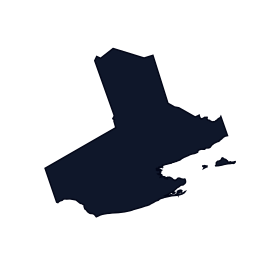 outline of Vilankulo, Inhambane, Mozambique, rotated 71°
{"feature_id": "85939544B70195584825603", "entity_name": "Vilankulo", "entity_type": "district", "adm_level": 2, "iso_a3": "MOZ", "parent_name": "Mozambique", "parent_adm1": "Inhambane", "projection": "natural_earth1", "projection_center": [35.386, -22.299], "detail": "fine", "context": "isolated", "style": "filled", "palette": "ink", "viewbox_px": 256, "rotation_deg": 71, "n_neighbors": 0, "source": "geoboundaries", "source_scale": "gbopen_adm2", "svg_char_len": 5741}
<svg xmlns="http://www.w3.org/2000/svg" viewBox="0 0 256 256"><g transform="rotate(71 128 128)"><path d="M67.1,90.0L48.0,116.2L53.2,131.2L50.2,134.3L53.5,137.5L111.2,136.9L112.3,137.2L113.1,138.0L114.1,139.2L114.3,139.3L115.8,138.1L116.7,139.0L123.7,139.4L139.1,219.5L174.9,219.6L175.7,218.6L175.3,217.9L174.8,216.2L174.9,213.8L174.7,213.2L174.3,212.7L174.2,212.4L174.3,211.3L174.6,210.4L175.2,209.1L175.7,207.2L176.1,205.9L178.8,201.0L179.3,200.4L183.4,197.8L183.8,197.4L184.4,196.4L184.7,196.0L185.9,195.2L186.5,194.5L186.8,194.4L187.7,195.0L188.8,195.1L190.3,195.1L190.6,195.0L192.0,194.0L193.9,193.5L195.9,192.1L196.5,191.4L197.4,189.3L198.3,188.3L199.0,187.8L201.6,186.9L201.4,184.1L201.2,183.6L201.2,183.1L201.2,180.7L201.5,178.4L202.1,174.8L202.5,173.6L203.1,170.6L204.3,166.4L204.1,166.5L204.9,164.2L206.1,158.5L206.8,152.9L206.9,150.7L206.8,149.3L206.9,148.1L207.3,141.1L207.3,137.3L207.5,134.9L207.4,132.4L207.1,131.7L206.6,127.9L206.1,125.9L206.1,122.6L205.6,121.9L205.4,120.9L205.3,119.5L205.5,117.5L205.3,117.1L206.3,108.7L207.4,104.2L207.9,101.2L208.0,98.4L207.6,96.3L207.4,95.7L206.7,94.7L206.7,94.8L207.1,95.6L207.4,96.5L207.4,98.0L207.8,98.9L207.7,99.5L207.4,100.2L207.5,100.7L207.2,101.1L207.2,101.8L207.1,102.0L206.9,102.0L206.9,102.3L207.4,102.5L206.6,102.6L206.4,104.0L206.9,104.3L206.9,104.6L206.8,104.9L206.5,105.0L206.6,105.7L206.5,106.4L206.1,107.5L206.0,107.8L205.5,108.1L205.3,108.9L204.9,109.3L205.2,110.0L204.8,111.0L205.0,111.3L205.0,112.0L204.6,112.2L204.8,113.1L204.8,113.5L204.1,114.6L204.0,113.0L203.7,112.1L203.7,111.4L203.4,110.8L202.8,107.1L201.7,103.9L200.9,101.9L200.4,101.0L200.2,99.3L199.7,97.9L199.3,97.1L199.3,96.2L199.6,95.1L199.7,94.4L198.9,92.3L198.3,91.5L197.3,91.0L196.1,90.8L195.0,90.8L194.8,90.9L194.7,91.1L194.5,92.8L193.9,93.4L193.7,94.3L193.5,94.5L193.1,94.5L192.1,95.8L191.8,96.8L191.8,97.2L192.5,98.6L192.7,99.2L192.9,99.5L192.7,99.9L192.7,100.0L193.0,100.2L193.0,100.7L192.8,100.9L192.5,101.0L192.6,101.3L191.2,102.3L190.1,102.8L189.5,103.3L188.6,104.1L187.9,105.1L187.9,105.6L187.5,106.4L187.8,106.8L188.1,106.9L188.4,107.4L188.6,107.5L188.9,107.4L188.9,107.6L188.6,107.9L188.1,107.7L187.6,107.4L187.4,108.4L187.6,108.8L188.3,109.8L187.5,109.4L187.1,109.6L186.9,109.5L186.9,109.8L186.3,109.9L186.0,109.6L185.9,110.1L185.6,110.2L185.4,110.7L185.2,111.0L185.3,111.2L185.1,111.8L185.2,112.7L185.1,113.4L184.9,113.2L184.8,112.2L184.4,111.4L184.0,111.4L183.7,111.9L183.4,111.5L183.2,111.4L183.0,111.5L183.2,112.2L182.9,112.0L182.6,112.4L182.4,113.2L182.1,112.9L181.9,113.9L181.5,114.5L181.2,114.7L181.3,112.9L181.1,112.7L181.3,112.6L181.2,112.2L180.7,112.2L180.5,111.9L180.3,111.7L180.2,111.4L179.8,111.6L179.5,111.3L179.3,111.3L179.0,111.5L178.8,112.1L177.9,112.2L177.8,111.9L178.0,111.1L178.8,110.7L179.0,110.2L178.9,110.0L178.4,110.6L177.7,111.0L177.3,111.7L177.2,111.9L177.4,112.2L177.2,112.6L177.3,112.8L177.5,112.9L177.8,112.8L178.0,113.0L177.8,113.4L177.8,114.2L177.7,114.3L177.4,114.5L177.3,114.1L176.9,114.3L176.7,114.6L176.4,114.4L176.6,114.1L176.2,114.1L175.9,114.0L175.6,114.3L175.5,114.2L175.9,113.3L176.3,113.1L176.0,112.9L176.0,112.5L175.7,112.3L175.9,112.0L175.9,111.6L175.7,111.4L175.1,111.3L175.2,110.5L175.4,110.8L175.7,110.4L175.9,109.5L175.7,109.0L175.7,108.8L175.9,108.7L175.6,108.6L175.6,108.3L175.7,108.2L175.4,108.2L175.1,107.5L174.5,107.5L174.4,107.4L174.6,106.3L174.6,104.3L174.8,103.2L174.9,101.7L174.9,100.2L175.0,100.1L174.9,99.9L175.1,99.5L175.0,99.4L175.1,99.0L175.1,98.8L175.3,98.3L175.1,98.1L174.9,97.0L175.2,96.0L175.1,94.1L175.3,93.1L175.1,92.0L175.1,89.4L174.9,88.6L174.3,87.1L174.2,86.0L173.9,84.9L173.8,82.6L173.7,82.1L173.6,81.7L173.7,80.8L173.6,80.1L173.6,79.9L173.4,78.8L173.3,77.9L173.4,75.5L173.7,73.6L173.7,72.1L173.5,70.1L173.4,70.0L173.2,70.3L173.0,70.2L172.6,69.9L171.9,68.7L171.8,67.6L171.8,66.3L171.9,65.6L173.0,62.6L172.9,62.2L172.5,62.2L172.3,61.4L172.4,60.3L173.0,58.6L172.9,58.1L173.1,57.4L172.9,56.6L171.3,54.3L171.0,53.1L170.5,52.1L170.0,48.3L170.1,46.5L169.9,46.1L169.7,45.4L169.3,45.0L168.7,42.9L168.3,42.5L168.2,41.8L168.0,41.7L167.7,41.0L167.6,40.3L167.5,39.8L167.4,39.7L167.3,38.8L167.6,36.4L147.4,36.5L148.1,37.2L148.3,37.5L148.6,39.4L149.3,41.1L149.8,41.7L149.8,42.0L149.7,42.5L150.2,43.5L150.2,44.7L149.9,45.0L149.9,45.6L149.7,46.2L148.5,47.7L148.2,48.0L147.6,48.2L147.2,48.7L146.9,49.0L146.8,49.7L146.5,50.0L145.8,50.3L145.0,50.4L144.6,50.3L144.0,49.8L143.7,49.7L143.5,49.8L143.5,50.2L143.6,50.9L143.4,51.2L143.0,51.5L142.9,51.9L143.4,54.2L143.3,54.9L143.5,55.8L142.6,56.2L142.4,56.5L140.6,56.7L139.0,56.6L139.2,57.3L139.5,60.9L125.4,73.4L123.3,77.2L117.6,82.2L67.4,80.8L67.1,90.0ZM195.8,39.0L195.2,37.9L194.8,37.6L194.7,37.6L194.6,38.2L194.8,38.4L194.8,38.7L194.4,39.7L194.4,41.2L194.2,41.4L193.9,41.5L193.5,42.0L193.3,42.2L193.3,42.6L193.2,43.7L193.5,44.8L192.1,44.6L191.5,44.7L191.3,44.8L191.1,45.2L190.2,45.5L189.6,45.9L188.1,47.8L187.9,48.0L187.1,48.1L187.1,48.3L187.1,49.0L188.4,50.2L188.8,51.2L189.0,52.7L188.7,53.7L188.7,54.1L189.3,55.4L189.6,55.8L190.2,56.0L190.9,56.3L191.5,56.4L191.9,56.7L192.1,57.4L192.3,57.4L192.5,57.0L192.6,56.2L193.0,55.0L193.6,51.2L193.7,49.1L194.3,45.1L194.9,42.9L195.2,41.1L195.8,39.8L195.8,39.0ZM205.4,98.3L205.0,97.7L204.8,97.5L204.5,97.7L204.4,98.0L204.0,98.2L203.8,98.7L203.7,100.1L204.0,101.9L204.7,102.1L205.3,102.6L205.5,102.7L205.3,101.7L205.5,100.7L205.7,100.2L205.5,99.2L205.9,98.7L206.0,98.3L205.9,98.2L205.6,98.3L205.4,98.3ZM189.9,66.0L189.7,65.8L189.1,67.0L188.5,67.8L188.4,69.2L188.2,69.6L188.3,69.7L188.7,69.7L189.2,69.0L189.8,68.5L190.8,69.5L190.4,67.2L190.4,66.0L189.9,66.0ZM204.1,107.0L204.4,106.7L204.6,106.5L204.7,105.5L204.5,104.8L204.2,104.6L203.8,104.9L203.6,105.6L203.6,106.6L203.8,107.0L204.1,107.0Z" fill="#0f172a" stroke="#020617" stroke-width="1.5"/></g></svg>